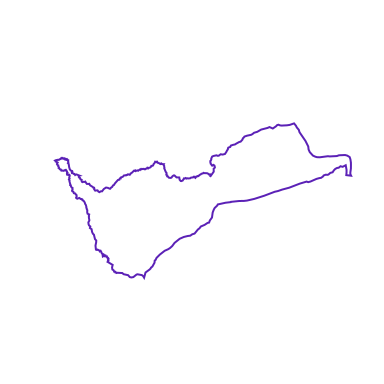 outline of San Sebastian De Buenavista, Magdalena, Colombia, rotated 205°
{"feature_id": "7082276B86885648349086", "entity_name": "San Sebastian De Buenavista", "entity_type": "district", "adm_level": 2, "iso_a3": "COL", "parent_name": "Colombia", "parent_adm1": "Magdalena", "projection": "natural_earth1", "projection_center": [-74.12, 9.349], "detail": "fine", "context": "isolated", "style": "outline", "palette": "violet", "viewbox_px": 384, "rotation_deg": 205, "n_neighbors": 0, "source": "geoboundaries", "source_scale": "gbopen_adm2", "svg_char_len": 6062}
<svg xmlns="http://www.w3.org/2000/svg" viewBox="0 0 384 384"><g transform="rotate(205 192 192)"><path d="M68.9,290.2L74.3,287.4L75.9,285.8L82.3,282.4L83.9,281.9L90.8,277.5L93.4,276.4L95.2,276.1L97.8,276.1L102.1,277.9L104.3,279.8L105.9,282.4L110.7,286.2L119.8,291.6L121.5,293.5L124.3,294.8L125.8,296.0L128.5,297.3L131.8,294.1L134.1,292.6L138.8,290.1L140.3,289.6L142.1,289.5L143.1,288.6L143.6,287.1L145.6,283.7L149.2,283.6L150.6,282.0L155.7,277.8L158.3,274.1L160.8,271.9L161.7,270.0L162.6,268.8L165.8,266.4L167.9,264.4L168.1,263.2L168.6,262.1L168.4,260.8L169.2,258.2L170.4,257.2L172.3,254.6L173.1,253.3L174.7,252.1L176.4,250.5L176.4,249.0L177.8,247.6L177.9,246.9L177.5,245.7L177.8,244.5L177.8,243.0L178.2,240.4L180.0,238.9L182.0,238.3L183.1,236.2L184.2,235.6L185.3,235.6L187.8,233.7L188.7,232.6L188.7,230.5L188.3,229.8L188.2,228.3L188.5,227.8L187.7,226.3L187.3,226.1L187.0,225.5L186.2,225.2L185.2,224.4L184.5,224.6L184.1,225.6L183.0,225.5L182.4,225.0L181.6,223.8L182.2,222.2L180.9,219.6L181.9,214.2L182.2,214.2L182.7,215.5L183.1,215.7L184.0,215.0L185.1,215.4L186.3,215.4L188.8,214.3L189.7,214.2L190.0,213.4L191.2,212.5L191.6,211.5L192.3,210.8L192.9,209.1L193.6,208.9L194.1,208.0L194.6,207.9L194.9,206.3L195.4,206.5L196.0,206.3L196.2,206.8L196.7,206.8L197.5,205.5L199.0,204.6L199.4,203.7L201.1,202.7L202.2,202.4L202.5,201.9L203.7,202.0L204.2,201.1L205.0,201.0L205.3,198.4L206.4,197.3L206.9,197.2L208.4,197.9L209.7,199.8L212.2,198.7L214.9,199.6L215.6,199.3L216.3,198.2L216.7,196.3L217.6,195.6L219.0,195.2L220.4,195.8L221.1,195.7L221.4,196.6L222.6,196.8L223.0,198.4L224.4,199.2L227.2,201.8L227.2,202.3L227.9,203.1L228.2,203.9L229.3,204.6L229.3,205.3L230.7,204.7L231.9,204.9L232.0,204.2L232.5,203.9L233.7,204.2L235.5,204.0L236.4,204.8L236.8,204.6L237.0,204.0L238.2,203.9L238.2,202.2L238.6,201.1L238.5,199.6L238.8,199.1L239.9,198.5L239.9,197.3L240.4,196.4L241.4,195.5L242.3,195.3L242.0,194.7L243.2,194.3L243.8,193.0L244.4,193.0L244.7,192.5L246.0,192.4L247.5,191.2L247.8,191.3L247.9,190.9L248.1,191.1L248.8,190.4L249.8,188.5L250.4,188.6L251.7,187.5L252.3,187.6L252.2,187.0L253.6,186.8L254.6,184.1L255.5,182.8L255.4,181.8L255.7,181.3L257.5,181.0L257.8,180.2L258.3,180.0L258.6,179.4L259.0,179.4L259.3,178.9L260.6,178.3L261.2,176.5L262.6,175.1L262.4,174.3L262.9,174.2L263.2,173.5L263.0,172.5L264.2,171.6L265.5,167.2L265.7,165.4L266.4,164.5L266.5,162.9L267.3,161.6L267.5,160.4L267.9,160.2L270.0,160.2L271.8,159.7L273.2,157.4L273.8,154.6L274.8,154.2L275.9,152.7L277.3,152.9L278.1,153.5L278.6,153.5L280.3,152.3L281.8,153.1L282.0,154.0L282.5,154.5L283.3,154.2L283.9,154.6L287.2,155.0L288.6,156.0L289.3,155.5L290.8,154.9L293.1,156.3L293.4,155.8L294.5,155.5L295.3,154.7L296.0,154.7L296.8,155.4L297.1,156.4L298.5,156.4L299.5,157.4L300.1,157.3L301.0,157.8L301.5,158.7L300.8,159.3L304.1,159.1L304.8,158.6L305.1,158.0L306.2,158.7L306.7,158.4L308.0,158.7L308.8,158.4L309.2,158.9L309.3,159.4L309.0,159.8L309.1,160.1L309.5,160.4L311.1,160.2L312.5,161.1L313.9,162.7L315.6,165.3L316.7,165.7L316.6,166.8L317.6,167.8L317.6,168.3L318.3,168.2L318.1,168.6L318.6,168.8L319.3,168.5L319.5,168.8L320.4,168.0L320.6,168.4L320.9,168.2L321.2,168.5L321.5,168.2L322.1,168.5L322.7,167.7L323.6,168.2L324.1,167.5L324.8,167.6L325.0,166.3L325.5,166.1L326.3,164.8L327.1,164.6L327.8,164.0L327.9,163.4L328.6,163.5L329.3,162.7L328.8,162.6L328.5,162.0L326.2,161.9L326.3,160.3L325.7,159.8L324.4,159.6L324.1,158.7L323.1,158.2L323.0,157.4L322.3,157.4L321.5,156.7L320.4,157.0L319.8,156.6L319.6,156.2L319.0,156.3L318.6,156.7L317.6,156.8L317.0,157.5L316.3,157.7L316.3,158.3L315.7,158.8L314.0,157.8L313.6,157.1L313.1,157.0L313.2,156.3L312.8,156.1L312.9,155.4L312.5,154.9L310.9,155.3L310.7,155.8L310.4,155.8L309.7,155.1L309.4,153.2L308.6,152.4L308.9,151.9L308.9,151.3L307.7,150.5L307.6,149.9L305.6,147.6L305.4,146.8L304.6,146.8L304.2,146.1L303.3,145.4L301.9,145.1L301.9,144.5L301.2,143.6L301.4,142.8L300.9,142.1L299.5,142.0L298.6,141.0L297.1,141.3L296.2,140.6L295.3,140.4L294.6,139.1L294.7,138.0L294.4,137.6L293.2,137.4L291.6,139.0L289.9,138.6L289.2,139.0L288.5,139.0L288.1,138.9L287.8,138.2L286.5,138.2L284.8,137.2L283.9,136.1L283.0,135.6L281.6,134.1L281.1,133.0L280.5,132.7L279.9,131.7L279.2,131.3L278.5,129.5L277.5,128.2L275.7,128.2L275.4,126.6L274.9,126.1L274.6,125.1L273.1,123.1L273.0,122.3L273.1,120.7L272.2,119.2L271.2,118.2L269.6,117.8L269.3,116.2L267.3,115.9L265.8,113.7L264.2,112.3L262.9,111.9L260.0,108.3L258.3,107.6L257.6,105.9L256.8,102.6L254.8,99.3L254.5,99.1L253.8,99.3L253.8,99.7L253.3,99.9L251.4,99.8L250.6,99.3L250.4,100.1L250.1,100.2L248.5,99.0L248.0,98.4L246.9,97.9L246.1,96.7L246.0,97.2L245.8,97.0L245.7,97.3L245.3,96.6L245.1,97.1L244.3,96.8L244.0,97.4L244.2,97.7L243.5,97.6L243.7,97.9L243.5,98.0L242.3,97.1L241.9,97.4L241.8,97.1L241.2,97.1L240.9,96.7L240.2,96.8L239.8,96.5L240.1,96.3L240.0,95.9L239.5,95.8L239.3,94.9L238.8,94.8L238.7,94.3L239.0,94.0L238.7,93.6L238.9,93.0L233.1,92.4L232.6,89.9L231.4,88.1L229.9,87.9L228.9,86.9L227.9,87.3L227.5,86.7L226.5,87.0L226.2,86.7L225.4,87.3L220.9,89.1L219.3,88.6L214.7,89.6L212.5,88.6L210.9,88.9L209.2,90.1L207.4,93.7L206.6,94.4L202.3,95.5L200.7,95.1L199.2,94.1L200.1,99.4L197.7,103.8L197.2,105.1L197.2,106.1L196.4,107.7L196.1,112.1L196.8,114.1L196.3,115.0L196.3,117.3L194.7,121.7L191.9,127.2L189.4,130.1L188.2,132.0L187.1,134.6L186.3,138.5L183.4,144.4L180.4,147.8L177.3,150.3L175.1,151.7L173.9,153.8L172.1,155.4L170.8,160.5L169.9,162.2L169.4,164.5L166.7,167.5L164.8,170.6L163.6,171.5L163.8,173.8L163.1,177.3L164.6,182.2L164.8,185.2L164.7,187.1L163.4,190.4L163.4,191.6L157.0,196.5L152.6,199.2L152.6,199.5L145.4,203.8L141.1,205.9L138.5,207.5L132.6,212.1L125.0,219.1L117.1,227.2L114.5,229.2L111.3,232.3L105.7,237.0L97.9,245.1L92.5,249.9L90.9,250.0L89.1,251.5L84.7,256.5L82.6,258.3L81.0,259.4L79.8,261.5L79.7,262.6L78.1,264.2L76.5,264.8L75.7,265.5L74.7,267.8L72.9,269.3L72.6,271.5L71.9,273.5L70.7,275.1L69.3,276.0L68.3,278.1L66.1,278.5L64.0,281.2L61.3,277.4L60.1,274.8L59.3,272.5L54.7,274.0L56.0,275.1L56.7,276.5L57.9,280.4L59.2,283.3L60.4,285.8L62.2,288.5L63.4,289.8L63.9,290.3L66.7,290.6L68.9,290.2Z" fill="none" stroke="#5b21b6" stroke-width="2"/></g></svg>